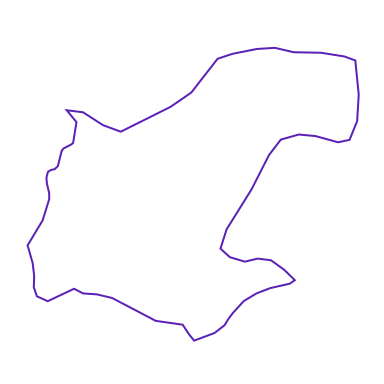 the Province of Zondoma, rotated 183°
{"feature_id": "BFA-2818", "entity_name": "Zondoma", "entity_type": "Province", "adm_level": 1, "iso_a3": "BFA", "parent_name": "Burkina Faso", "parent_adm1": "", "projection": "equal_earth", "projection_center": [-2.349, 13.173], "detail": "fine", "context": "isolated", "style": "outline", "palette": "violet", "viewbox_px": 384, "rotation_deg": 183, "n_neighbors": 0, "source": "natural_earth", "source_scale": "10m", "svg_char_len": 963}
<svg xmlns="http://www.w3.org/2000/svg" viewBox="0 0 384 384"><g transform="rotate(183 192 192)"><path d="M321.4,267.1L305.0,265.9L284.2,254.0L266.3,248.5L217.9,275.9L197.9,291.3L173.4,326.4L158.8,332.1L134.8,338.2L116.8,340.3L97.8,336.9L70.5,337.8L46.8,335.3L35.8,331.9L30.6,298.0L30.8,271.4L37.4,252.3L48.7,249.3L71.6,254.3L88.3,255.0L106.0,249.0L117.0,233.0L132.8,197.5L155.5,156.5L160.6,136.9L150.8,128.9L135.5,125.2L123.1,128.9L109.6,128.0L95.8,119.1L84.7,109.3L89.5,105.6L108.9,100.1L122.3,94.1L134.6,85.8L144.7,73.5L148.8,67.5L152.5,60.7L162.1,52.4L182.1,43.7L187.6,49.8L194.4,59.0L221.4,61.4L266.3,82.0L281.6,84.8L295.5,85.0L304.7,89.2L330.4,75.4L341.4,79.7L345.0,88.6L345.2,99.9L347.4,112.7L353.4,130.1L339.7,155.8L334.2,177.4L334.6,183.5L337.4,193.0L338.1,198.8L336.9,204.6L334.0,206.6L330.4,207.6L327.3,210.8L324.3,226.2L323.8,227.2L322.2,229.0L315.3,233.0L313.3,234.7L311.0,255.7L321.4,267.1Z" fill="none" stroke="#5b21b6" stroke-width="2"/></g></svg>